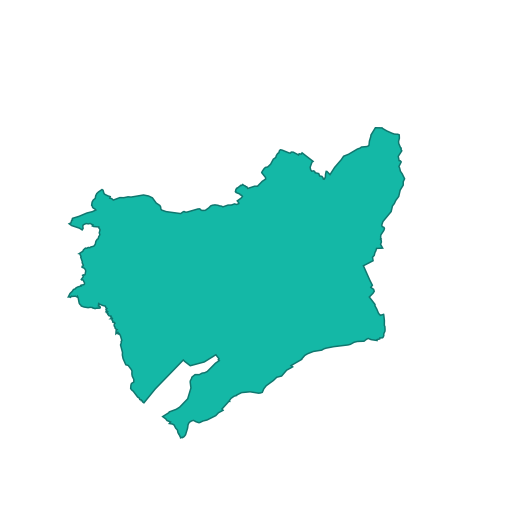 outline of Floresti, Cluj, Romania, rotated 151°
{"feature_id": "2599482B97724540451187", "entity_name": "Floresti", "entity_type": "district", "adm_level": 2, "iso_a3": "ROU", "parent_name": "Romania", "parent_adm1": "Cluj", "projection": "equal_earth", "projection_center": [23.482, 46.732], "detail": "fine", "context": "isolated", "style": "filled", "palette": "teal", "viewbox_px": 512, "rotation_deg": 151, "n_neighbors": 0, "source": "geoboundaries", "source_scale": "gbopen_adm2", "svg_char_len": 6142}
<svg xmlns="http://www.w3.org/2000/svg" viewBox="0 0 512 512"><g transform="rotate(151 256 256)"><path d="M412.1,328.5L411.9,326.6L412.3,325.3L414.5,322.7L415.1,322.5L416.1,323.2L417.0,323.2L416.9,322.2L417.3,321.5L420.2,320.2L420.0,319.5L419.2,319.2L418.9,318.7L419.0,315.7L419.6,314.7L420.5,314.4L423.2,315.3L423.5,315.2L423.5,314.5L426.6,315.3L428.9,315.4L430.0,314.9L431.9,315.2L433.8,314.2L436.8,313.4L440.0,311.2L439.0,310.7L438.4,309.8L438.0,309.9L438.0,310.3L436.9,310.3L436.9,310.0L433.4,308.4L432.4,306.9L431.7,307.3L431.9,305.4L433.5,300.5L433.5,299.5L433.0,297.6L433.1,297.0L431.2,294.8L427.9,292.2L425.9,291.5L424.0,290.2L423.8,289.3L423.3,289.2L422.3,288.0L421.2,287.8L417.8,286.1L417.2,286.4L417.0,287.2L418.1,288.8L417.5,289.3L417.0,290.4L416.5,290.7L416.2,289.2L415.4,289.0L414.4,287.4L412.1,285.2L412.4,282.8L411.9,282.4L413.3,281.7L412.9,280.8L414.2,280.0L412.9,279.2L414.0,278.6L413.3,277.5L413.9,276.9L413.5,274.9L412.0,273.8L412.6,273.1L412.1,272.6L412.4,272.1L412.2,271.7L413.5,271.6L412.1,270.7L413.0,269.9L412.7,268.7L413.3,267.9L413.3,267.5L412.2,266.8L411.9,265.6L412.9,265.3L413.9,263.7L413.8,261.9L414.2,261.4L413.9,259.8L413.2,259.0L414.5,258.6L416.2,255.9L413.8,256.3L413.8,255.5L414.4,255.5L414.5,255.0L414.2,254.4L413.2,254.2L413.2,252.0L414.3,247.2L415.4,246.6L415.9,245.4L417.6,243.9L419.5,236.4L420.9,234.2L422.0,230.7L422.6,224.0L420.8,222.2L420.1,216.9L420.3,215.4L421.8,212.9L422.5,210.9L422.7,207.3L424.0,205.0L426.7,204.9L428.0,203.7L429.9,200.8L429.6,198.9L428.9,197.2L427.9,190.0L427.0,188.5L427.2,186.8L426.2,186.0L426.5,185.1L425.8,184.7L425.9,183.3L425.2,181.9L408.5,188.6L370.0,200.3L369.5,198.4L366.7,191.9L352.6,188.4L339.0,189.1L338.2,184.0L339.3,183.5L338.9,182.3L343.4,181.9L354.7,178.6L357.6,178.8L359.9,179.7L363.1,179.7L366.8,181.8L370.8,181.1L371.9,180.0L373.9,178.7L374.6,177.8L376.9,172.1L385.0,164.2L396.1,160.8L400.3,160.6L407.4,161.7L408.4,161.2L415.5,160.8L413.9,157.3L413.6,155.2L411.2,152.2L413.0,151.5L410.5,149.5L409.6,147.9L409.7,144.4L409.1,141.9L409.9,139.3L409.9,138.3L409.6,137.7L410.0,137.2L409.7,136.2L410.0,134.8L409.8,134.2L410.1,133.5L407.7,133.0L407.8,132.8L406.4,132.9L404.3,133.8L399.3,138.6L397.2,141.4L395.5,142.6L394.5,142.9L392.2,143.0L390.3,142.5L388.9,140.2L386.9,138.0L386.0,137.6L382.4,137.4L378.3,136.3L368.6,135.9L364.8,137.1L359.6,137.0L359.9,138.7L350.3,142.0L349.5,141.6L349.3,142.5L346.9,143.6L343.0,144.0L340.6,143.4L340.4,143.8L334.8,143.5L327.0,140.1L320.3,134.8L318.7,134.1L316.6,133.7L313.5,136.1L309.9,137.6L301.1,138.7L296.6,139.9L291.8,138.6L284.5,141.3L277.7,141.3L278.5,143.2L266.2,143.4L266.2,143.7L261.5,145.4L258.2,145.5L252.1,144.7L244.1,141.8L241.9,141.9L239.6,141.5L231.9,139.0L218.6,133.6L216.3,133.0L212.0,133.0L208.8,132.1L202.8,129.1L199.8,129.6L197.8,129.5L195.9,127.1L191.1,123.4L190.7,124.2L188.0,123.5L187.4,124.3L185.2,123.2L184.5,123.2L182.9,124.3L182.0,126.0L179.6,127.8L178.7,129.3L177.5,131.8L177.4,133.1L175.0,137.3L172.8,142.6L172.7,143.1L176.0,143.8L175.9,144.2L176.4,145.3L176.6,146.7L176.1,151.1L176.1,154.7L175.4,156.0L176.8,165.2L171.7,166.7L169.7,167.8L169.3,169.8L170.8,172.9L168.4,174.0L168.2,179.6L166.8,195.4L155.9,195.1L154.7,198.4L152.3,199.2L150.3,201.4L148.7,202.4L146.9,204.2L141.4,201.5L141.4,205.8L139.5,207.5L138.9,209.1L139.0,210.3L138.2,210.3L138.3,211.1L137.6,212.5L136.6,213.9L131.8,216.4L130.4,217.7L130.2,218.9L131.3,220.5L131.2,221.7L130.8,222.3L128.3,224.6L116.3,229.3L112.4,233.6L109.6,234.8L106.9,236.8L102.3,238.9L98.0,243.7L92.9,246.6L91.2,249.6L88.6,251.5L88.3,256.9L88.6,260.1L87.7,263.4L87.6,265.0L83.4,267.9L83.6,269.2L84.6,270.0L83.3,274.2L77.5,277.3L77.5,278.9L76.7,280.0L77.1,280.6L76.6,285.3L75.7,287.2L73.5,289.5L72.0,292.5L72.9,293.7L75.7,295.4L77.5,297.4L80.9,301.9L83.3,305.9L83.6,306.9L89.4,310.3L96.8,306.1L97.7,304.8L101.1,301.5L103.4,298.2L104.4,297.8L106.0,298.0L111.0,300.2L112.5,299.9L115.5,300.4L125.7,300.1L131.0,300.8L134.7,298.9L144.2,295.4L151.8,291.3L153.0,295.6L153.6,296.0L155.7,293.6L157.1,291.3L159.2,290.1L159.8,290.6L159.5,292.0L159.8,293.7L161.5,295.1L161.2,297.7L163.9,300.1L163.7,301.5L164.3,302.5L166.2,303.2L166.4,305.0L165.6,307.4L161.6,310.9L160.2,311.1L165.7,323.9L167.1,323.2L168.7,324.5L169.8,323.7L173.1,328.8L174.8,329.8L176.0,329.3L177.1,330.1L181.6,335.7L183.0,337.0L184.2,336.9L186.2,335.1L187.3,335.2L189.5,334.0L191.0,332.6L193.9,332.3L198.7,329.2L202.7,328.2L204.8,328.9L206.5,328.5L209.7,326.9L210.6,326.1L209.6,320.1L210.3,318.6L214.3,318.3L220.9,316.3L223.3,317.7L230.5,319.1L230.5,321.1L231.5,321.7L231.5,322.6L232.6,323.9L232.9,325.0L235.1,324.6L234.7,324.9L234.9,325.2L240.0,324.3L239.9,324.6L240.2,324.6L241.8,323.5L242.4,322.6L242.4,322.0L242.8,322.0L242.6,321.1L240.2,318.2L240.0,316.9L239.2,316.2L239.0,314.7L240.7,313.9L245.7,313.3L245.3,311.1L245.6,310.2L247.9,310.4L249.6,312.0L252.8,312.5L255.8,314.1L261.1,315.0L262.0,316.3L263.7,317.6L264.7,318.8L267.1,320.6L269.4,321.5L271.3,321.8L273.9,321.0L278.3,320.5L281.3,322.1L282.1,323.4L282.3,324.5L284.0,325.3L295.3,327.9L296.7,328.7L296.9,329.4L297.9,330.0L301.3,329.6L313.1,338.4L316.3,342.0L316.4,343.3L315.6,345.2L315.6,346.8L317.6,350.7L318.4,357.1L320.9,360.6L324.8,363.9L336.7,368.1L339.2,369.8L343.4,371.1L346.8,373.1L353.7,374.1L354.4,376.2L355.9,377.5L354.7,378.6L356.4,380.4L358.5,383.5L358.6,384.6L357.9,387.7L358.5,388.8L362.7,388.4L365.0,387.8L367.0,386.4L368.7,384.3L371.1,383.9L373.2,382.6L375.2,380.0L375.0,378.9L375.3,378.0L375.1,376.8L374.1,375.3L373.8,373.9L377.5,374.1L383.1,375.6L391.6,376.5L398.2,377.9L399.0,377.3L399.0,376.5L400.1,376.4L401.8,374.7L403.8,374.8L402.5,372.0L396.9,365.9L395.4,363.1L393.9,363.9L392.9,366.3L391.8,367.0L388.9,366.8L386.9,365.3L385.3,364.9L383.5,362.2L384.6,361.7L383.7,360.5L379.4,357.6L379.8,356.7L379.6,355.1L379.8,354.4L381.9,352.2L382.1,350.6L382.8,349.9L384.2,349.2L385.7,347.6L386.8,347.6L388.9,346.5L390.9,344.2L393.1,343.2L396.2,344.0L397.3,343.8L398.6,344.8L400.3,344.8L401.4,345.6L404.0,345.0L405.2,344.1L409.5,343.8L408.9,343.3L409.2,342.2L409.2,340.6L409.9,339.9L410.7,335.1L411.3,334.4L411.5,331.6L412.3,331.1L413.0,331.3L413.6,330.5L412.1,328.5Z" fill="#14b8a6" stroke="#0f766e" stroke-width="1.5"/></g></svg>